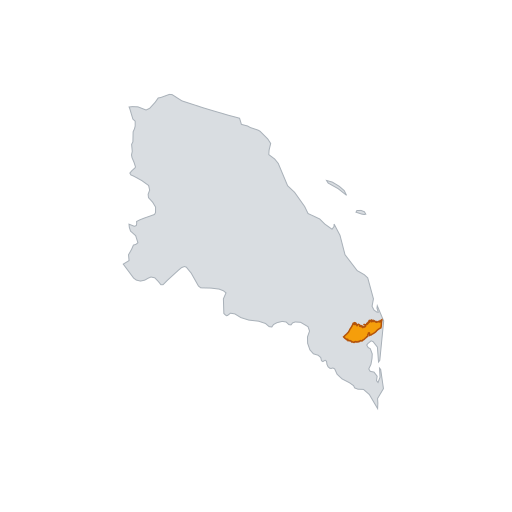 Ahuas, Gracias a Dios, Honduras shown in context, rotated 56°
{"feature_id": "27666195B1442019449651", "entity_name": "Ahuas", "entity_type": "district", "adm_level": 2, "iso_a3": "HND", "parent_name": "Honduras", "parent_adm1": "Gracias a Dios", "projection": "mercator", "projection_center": [-84.342, 15.493], "detail": "fine", "context": "in_parent", "style": "filled", "palette": "amber", "viewbox_px": 512, "rotation_deg": 56, "n_neighbors": 0, "source": "geoboundaries", "source_scale": "gbopen_adm2", "svg_char_len": 7245}
<svg xmlns="http://www.w3.org/2000/svg" viewBox="0 0 512 512"><g transform="rotate(56 256 256)"><path d="M450.5,240.5L434.3,239.5L426.7,241.5L423.4,246.0L420.5,248.0L418.1,247.6L413.3,249.4L406.0,253.4L399.4,254.9L393.5,253.9L391.8,254.9L391.4,256.2L390.5,257.5L388.2,258.2L385.6,257.8L382.7,256.4L381.1,257.0L380.9,259.6L379.4,260.3L376.4,259.1L373.0,260.0L369.2,263.1L364.0,263.8L357.2,262.0L351.9,258.6L348.2,253.6L343.7,252.4L335.9,256.1L332.6,260.4L331.9,263.1L332.7,265.5L331.3,267.1L327.6,267.9L324.9,270.8L323.0,275.9L322.6,279.8L323.7,282.6L321.9,284.6L317.2,285.9L311.5,290.3L305.1,297.8L298.6,303.0L292.2,305.9L289.1,309.2L289.4,312.8L289.0,313.9L287.8,314.3L285.7,314.8L273.3,307.0L269.8,301.5L266.7,302.4L262.8,305.1L257.4,311.3L251.5,319.6L248.7,320.5L234.1,319.3L226.3,320.0L224.7,321.2L224.0,324.2L224.4,328.3L226.6,343.0L227.8,349.1L226.6,350.9L222.7,351.2L217.5,352.1L214.7,354.8L214.1,357.7L213.8,361.7L212.2,365.8L209.0,368.7L205.9,369.8L188.5,370.6L188.8,363.8L183.7,361.0L180.9,355.4L178.4,351.5L179.2,349.2L179.0,346.5L171.9,344.4L165.2,346.1L161.4,345.0L158.6,343.5L163.4,340.2L163.8,338.1L162.2,336.6L160.6,335.7L161.1,331.9L162.1,327.4L164.8,316.9L163.8,315.0L159.3,311.9L153.7,311.6L147.5,312.5L144.5,310.9L141.9,307.3L137.5,305.6L129.6,308.5L121.3,312.8L118.8,314.4L116.7,314.2L115.8,310.9L115.3,307.1L114.8,306.1L110.4,304.8L105.2,303.8L102.6,302.7L100.1,300.1L93.9,296.7L92.5,294.2L84.3,288.4L82.6,285.6L80.7,283.5L76.7,280.8L73.6,281.5L63.1,278.2L61.5,277.9L63.0,275.0L66.3,270.5L73.5,265.5L74.1,261.5L72.2,253.7L70.3,248.7L71.3,246.5L73.6,237.4L75.3,235.3L85.7,230.8L86.7,230.1L94.9,223.7L104.0,216.6L113.5,208.8L124.1,200.0L129.9,194.9L132.6,192.6L138.7,194.5L143.5,190.3L146.3,188.9L152.8,183.9L154.8,182.9L165.6,180.8L170.9,180.9L175.5,185.9L179.1,188.7L186.0,186.3L191.7,185.8L215.4,190.5L224.9,188.4L242.2,188.0L249.9,189.1L260.9,182.5L268.0,181.1L276.3,178.0L275.2,174.8L273.2,173.4L285.8,174.8L304.7,181.5L324.7,180.3L332.0,176.7L336.6,175.6L357.2,182.6L362.6,187.9L366.8,188.4L370.1,187.2L371.0,186.1L366.9,184.9L365.1,183.3L381.3,186.5L411.7,211.7L412.4,213.7L399.4,206.3L392.5,206.8L390.7,208.0L391.1,212.1L391.7,214.0L394.6,214.2L396.8,213.1L402.2,214.4L405.8,217.1L410.1,221.3L412.7,225.7L415.5,225.8L418.2,223.1L423.4,222.8L426.7,225.8L429.1,225.6L425.8,220.9L418.0,216.3L419.8,216.1L437.2,224.5L442.1,234.9L446.2,237.3L450.5,240.5ZM246.0,150.3L235.9,155.4L232.8,155.3L237.4,151.4L244.8,148.0L251.1,146.3L256.3,147.0L246.0,150.3ZM280.4,144.9L275.6,148.6L274.7,146.9L277.0,143.4L279.9,141.4L282.7,141.6L282.1,143.1L280.4,144.9Z" fill="#d9dde1" stroke="#a8b0b8" stroke-width="1"/><path d="M385.4,192.7L384.8,192.0L384.5,191.7L383.5,190.9L383.0,190.5L382.5,190.1L381.5,189.4L380.9,188.8L380.8,188.7L380.6,188.6L380.1,188.1L379.5,187.4L379.4,187.4L379.2,187.3L379.2,187.7L379.3,187.9L379.6,188.1L379.6,188.3L379.7,188.8L379.5,189.0L379.2,189.0L378.9,189.2L378.9,189.3L379.2,189.5L379.3,189.6L379.8,189.9L380.0,190.0L379.9,190.3L379.6,190.6L379.4,190.8L379.2,190.9L379.0,191.0L378.7,191.0L378.6,191.4L378.7,191.5L378.7,191.8L378.6,192.2L378.4,192.5L378.4,192.8L378.4,193.1L378.2,193.3L377.6,193.1L377.5,193.6L377.4,193.7L377.4,193.8L377.2,193.9L377.0,194.0L376.9,194.0L376.7,193.9L376.4,193.9L376.3,194.1L376.3,194.4L376.1,194.6L375.8,194.5L375.6,194.3L375.4,194.4L375.5,194.5L375.7,194.9L375.9,195.2L375.9,195.4L375.7,195.6L375.4,195.4L375.2,195.7L375.0,195.9L374.8,196.0L374.5,195.9L374.3,195.9L374.2,195.7L373.8,195.8L373.5,196.2L373.5,196.4L373.6,196.5L373.8,196.7L374.1,196.7L374.4,196.5L374.7,196.4L375.0,196.4L375.2,196.5L375.2,196.8L375.1,197.0L374.9,197.0L374.7,196.9L374.2,196.9L374.2,197.0L373.9,197.3L373.7,197.5L373.3,197.7L372.9,197.9L372.8,198.0L372.8,198.3L373.1,198.4L373.5,198.4L374.0,198.6L374.3,198.8L374.3,199.0L373.7,199.2L373.6,199.3L373.5,199.5L373.8,199.7L373.8,199.8L373.8,200.3L373.8,200.5L374.0,200.8L374.4,200.7L374.5,200.7L374.6,200.8L374.5,201.0L374.0,201.2L373.9,201.3L373.9,201.5L374.5,201.6L374.6,201.8L374.1,201.9L374.0,202.0L374.2,202.3L374.3,202.4L374.5,202.7L374.5,203.2L374.1,203.9L373.7,204.2L373.3,204.5L373.2,204.7L373.2,204.8L373.3,204.9L373.5,204.8L373.7,204.6L373.8,204.4L374.2,204.1L374.3,204.1L374.5,204.2L374.8,204.2L375.2,204.2L375.3,204.3L375.5,204.5L375.6,204.9L375.6,205.3L375.3,205.5L375.3,205.8L375.4,206.1L375.1,206.2L375.0,206.3L374.9,206.4L374.8,206.5L374.9,206.9L375.0,206.9L375.0,207.0L375.1,207.4L375.0,207.6L374.8,207.7L374.6,207.7L374.5,207.3L374.5,207.1L374.4,206.9L374.2,206.9L373.9,207.1L373.7,207.1L373.7,207.3L373.5,207.7L373.4,207.7L373.1,207.6L372.9,207.6L372.6,207.7L372.5,207.8L372.3,208.1L373.0,208.1L373.3,208.3L373.1,208.5L372.8,208.7L372.4,209.2L372.2,209.3L372.0,209.2L371.6,208.8L371.3,208.8L371.0,208.7L370.8,208.9L370.1,209.1L369.9,209.2L369.8,209.4L369.8,209.6L369.8,209.8L369.7,210.2L369.6,210.4L369.6,210.5L369.9,210.7L370.1,210.8L370.3,211.0L370.2,211.2L369.7,211.0L369.1,211.3L368.7,211.5L368.5,211.4L368.5,211.2L368.4,210.9L368.2,210.8L367.9,210.8L367.6,210.8L367.4,210.8L367.1,210.9L367.0,211.0L366.8,211.2L366.8,211.4L366.9,211.5L367.1,211.6L367.4,211.7L367.6,211.6L368.0,211.6L368.1,211.9L368.1,212.1L367.9,212.6L367.6,212.8L367.4,212.5L367.3,212.3L367.3,212.1L367.1,212.0L367.0,211.9L366.8,211.9L366.7,211.8L366.6,211.7L366.3,211.7L366.2,211.9L366.2,212.1L366.3,212.3L367.0,212.5L367.1,213.2L367.2,213.3L367.1,213.5L366.4,213.5L366.5,213.7L366.9,214.1L367.2,214.6L367.5,215.2L368.0,216.1L368.7,217.7L369.0,218.4L369.2,219.0L369.9,220.1L370.8,222.0L371.0,222.5L371.0,223.1L371.1,223.5L371.3,224.0L371.5,225.5L371.6,226.2L371.6,226.5L371.9,227.5L372.0,228.6L372.3,228.6L372.5,228.6L372.9,228.4L373.0,228.4L373.3,228.4L374.0,228.3L374.2,228.2L374.4,227.9L374.5,227.9L374.9,227.8L375.2,227.9L375.5,227.8L375.6,227.6L375.9,227.4L376.0,227.3L376.2,227.5L376.3,227.4L376.3,227.1L376.2,227.0L376.2,226.9L376.3,226.6L376.8,226.6L376.9,226.9L377.0,226.9L377.1,227.0L377.5,226.9L377.6,227.0L377.8,226.7L378.5,226.0L378.6,225.9L378.6,225.7L378.6,225.4L378.9,225.2L379.2,225.2L379.4,225.0L379.7,224.8L379.9,224.7L380.0,224.8L380.3,224.8L380.5,224.6L380.9,224.7L381.0,224.6L381.1,224.4L381.2,224.2L381.3,224.0L381.3,223.9L381.6,223.7L382.3,223.2L382.5,223.1L382.5,222.9L382.4,222.8L382.4,222.7L382.3,222.3L382.5,222.0L382.5,221.7L382.8,221.5L382.7,221.4L382.7,221.2L382.8,221.1L383.0,221.1L383.1,220.9L383.4,221.0L383.5,220.8L383.5,220.7L383.6,220.3L383.8,220.1L384.0,220.0L384.0,219.7L384.4,219.3L384.4,219.0L384.2,218.9L384.4,218.6L384.5,218.5L384.4,218.3L384.4,218.1L384.5,218.0L384.8,217.8L384.7,217.5L384.7,217.4L384.6,217.2L384.5,216.8L384.6,216.7L385.3,216.2L385.7,215.6L385.5,215.4L385.5,215.2L385.6,214.6L385.4,214.3L385.5,214.0L385.6,213.4L385.5,212.4L385.3,211.6L385.2,210.4L385.1,209.8L385.1,209.4L385.2,208.9L385.0,209.2L384.9,209.6L384.8,209.8L384.8,209.2L384.9,208.9L385.0,208.3L384.9,207.9L384.7,207.7L384.3,207.6L384.0,207.4L383.6,207.2L383.5,206.8L383.4,206.6L383.3,206.4L383.2,206.2L382.7,205.8L382.7,205.7L383.1,205.3L383.2,205.0L383.9,205.2L384.0,205.3L384.3,205.5L384.7,205.7L384.9,205.9L385.1,206.0L385.3,206.1L385.3,205.7L385.8,204.9L385.7,203.7L385.9,202.0L385.9,199.9L385.8,199.1L385.7,198.4L385.4,197.7L385.2,195.9L385.2,193.9L385.4,192.7Z" fill="#f59e0b" stroke="#b45309" stroke-width="1.5"/></g></svg>